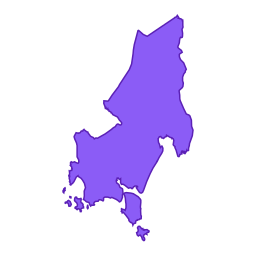 Prey Nob, Krong Preah Sihanouk, Cambodia
{"feature_id": "14789045B88399484092706", "entity_name": "Prey Nob", "entity_type": "district", "adm_level": 2, "iso_a3": "KHM", "parent_name": "Cambodia", "parent_adm1": "Krong Preah Sihanouk", "projection": "equal_earth", "projection_center": [103.742, 10.678], "detail": "fine", "context": "isolated", "style": "filled", "palette": "violet", "viewbox_px": 256, "rotation_deg": 0, "n_neighbors": 0, "source": "geoboundaries", "source_scale": "gbopen_adm2", "svg_char_len": 5902}
<svg xmlns="http://www.w3.org/2000/svg" viewBox="0 0 256 256"><path d="M177.3,15.4L176.4,16.9L174.9,17.4L174.5,17.9L147.2,36.3L143.3,34.5L138.6,30.4L138.0,30.6L134.3,44.6L133.4,50.0L133.1,53.7L131.6,64.0L129.3,69.7L119.6,84.5L118.5,86.7L112.3,94.9L108.4,100.8L107.6,101.1L103.9,100.8L103.8,103.5L104.9,106.3L105.4,108.5L105.6,108.5L105.6,107.4L105.8,107.3L106.6,109.0L107.2,109.2L107.7,108.7L107.9,109.9L108.5,109.8L108.9,110.4L109.1,111.3L109.5,111.3L110.9,112.1L111.1,112.7L111.3,112.6L111.8,113.1L112.9,114.7L117.5,117.0L119.4,120.1L120.9,121.7L121.7,122.9L121.5,124.2L121.2,124.7L120.6,125.0L119.6,124.8L118.0,124.0L117.2,124.2L116.2,125.2L115.4,126.6L113.4,127.7L111.2,129.6L105.2,133.9L97.3,138.3L96.0,137.9L94.3,138.9L93.4,137.6L90.6,136.3L88.2,133.1L87.8,132.0L86.8,131.8L84.3,129.9L84.0,129.4L83.1,130.1L82.7,131.1L81.3,131.0L80.2,132.6L78.7,133.3L78.1,132.9L77.4,133.1L76.1,132.7L74.3,136.1L74.1,136.8L74.8,139.1L76.5,142.9L77.1,145.6L77.1,156.9L78.7,159.9L78.8,162.0L78.4,163.0L77.9,163.3L75.3,162.3L74.7,161.8L72.4,162.5L71.6,161.9L71.4,162.2L71.0,162.1L70.9,162.6L70.6,162.6L70.4,163.0L70.9,164.6L70.3,165.0L70.2,165.3L71.1,166.1L71.1,166.5L71.7,166.9L71.8,168.1L72.1,168.6L71.8,168.9L72.1,169.1L71.7,170.4L70.0,170.6L69.6,171.8L69.4,171.6L69.6,173.4L69.4,174.8L68.8,175.3L68.9,175.9L69.4,175.4L69.6,175.7L69.7,176.5L69.2,178.2L70.0,181.3L69.5,181.8L70.1,182.6L70.4,184.0L70.1,184.6L70.8,185.0L71.4,184.0L72.6,183.5L73.1,182.5L73.8,181.9L76.3,177.0L77.8,175.8L78.0,175.7L78.0,176.3L81.1,178.3L82.6,180.2L84.4,183.3L85.5,187.7L84.2,191.1L84.3,196.0L83.9,198.4L83.4,199.5L84.6,200.1L86.4,201.8L89.0,202.5L90.0,205.1L90.7,206.1L91.6,205.1L92.9,205.3L94.4,205.0L94.5,204.6L93.9,204.1L93.8,203.3L94.4,202.2L95.5,201.4L98.2,201.2L98.9,200.0L99.6,199.7L101.2,200.0L103.0,200.9L103.6,200.0L103.5,198.2L104.2,197.4L105.0,197.1L107.8,197.1L110.5,198.0L111.4,197.5L112.1,197.5L116.3,199.4L118.6,201.0L119.4,201.9L120.6,201.4L121.4,200.2L122.5,197.2L122.4,194.8L123.0,193.5L122.6,189.2L122.3,188.6L120.0,187.3L118.8,184.4L116.7,182.9L116.2,180.9L116.5,180.0L117.0,180.1L116.6,179.2L117.2,178.7L117.3,178.1L117.9,178.4L118.2,178.1L118.9,179.0L119.7,179.4L120.6,178.7L120.6,182.7L121.5,184.4L122.9,184.2L124.6,185.1L128.5,188.2L130.1,187.7L130.9,187.9L132.0,188.7L132.5,188.5L133.6,186.8L134.4,186.5L134.7,186.1L136.1,186.0L137.5,186.4L137.6,186.8L136.6,187.2L136.3,187.7L139.3,192.1L139.9,192.7L141.1,193.1L142.5,192.4L143.5,190.4L146.7,181.5L150.2,173.5L153.0,168.0L156.8,162.0L156.8,161.4L157.2,161.4L159.0,157.6L161.7,153.3L162.8,150.9L162.9,148.2L162.0,146.1L161.7,146.1L160.3,147.6L159.5,144.4L158.5,142.4L158.1,138.8L159.4,136.7L160.8,136.5L161.4,137.7L162.3,138.1L163.2,138.0L163.6,138.4L165.2,136.9L166.5,136.5L166.7,136.0L166.4,135.6L166.5,135.2L170.4,137.5L171.8,137.7L171.9,138.6L172.4,138.4L173.2,138.8L173.8,140.4L173.2,144.7L173.7,145.5L175.0,146.6L174.9,147.5L176.1,150.2L177.6,155.4L177.9,156.3L178.4,156.6L179.0,156.6L179.7,155.5L179.7,154.5L181.8,153.9L181.6,153.5L181.8,152.8L181.3,152.3L181.9,151.1L182.9,151.1L183.1,152.0L183.1,152.7L183.3,152.8L183.6,151.7L184.4,151.5L184.8,152.9L184.6,153.5L185.0,153.6L185.7,152.5L185.3,152.2L185.4,151.9L185.9,152.1L186.1,151.9L186.6,150.6L186.7,151.0L187.2,150.4L187.9,150.7L188.5,150.4L188.6,148.0L189.3,145.6L189.5,143.6L192.3,135.8L193.0,130.1L191.6,126.3L191.4,120.1L189.9,115.9L188.9,115.0L186.3,114.0L183.7,108.7L180.2,100.6L179.8,98.9L179.7,95.0L179.1,91.0L179.4,90.2L182.1,87.8L182.9,86.5L183.3,83.1L182.6,80.8L182.6,77.1L183.8,73.9L185.3,72.0L185.3,70.9L186.3,69.3L183.7,62.9L180.5,59.6L179.4,56.9L179.3,54.5L179.6,54.0L182.2,52.3L181.4,50.4L179.0,48.6L178.0,47.6L177.8,46.8L179.3,42.9L179.5,40.7L179.9,38.4L180.6,37.3L181.5,37.6L182.2,37.3L182.5,36.3L182.6,33.2L182.0,29.4L183.0,27.1L182.8,25.4L182.8,21.1L182.5,21.0L182.7,20.1L182.1,20.0L181.8,19.4L180.6,18.7L179.8,18.8L179.5,18.4L178.2,18.2L178.6,17.3L177.3,15.4ZM130.8,193.1L126.2,192.6L124.6,193.0L124.0,193.6L124.0,194.3L124.8,196.0L125.3,198.0L125.7,202.3L126.0,203.9L126.0,207.8L125.1,210.4L123.9,209.5L123.2,209.5L121.5,208.7L121.4,209.1L121.8,210.6L121.8,211.1L121.3,211.3L121.9,212.0L122.2,212.9L122.8,212.3L123.3,212.3L125.7,215.0L128.8,219.2L128.8,220.1L129.4,221.3L130.7,222.5L131.2,222.4L131.8,222.8L132.6,223.9L132.9,225.1L133.3,224.2L133.9,223.6L135.5,223.1L135.8,221.1L136.2,220.6L137.3,220.3L137.4,219.7L139.0,219.7L139.8,218.8L140.8,219.0L141.2,218.5L141.3,216.1L140.8,215.0L140.6,210.6L140.8,208.4L140.5,208.2L140.4,206.8L140.8,202.5L140.8,200.1L140.2,199.0L138.1,196.7L133.3,193.7L130.8,193.1ZM139.7,226.3L138.3,226.4L137.5,227.7L137.6,228.3L138.0,229.0L138.2,230.8L137.7,232.0L136.6,232.6L137.2,234.9L138.3,236.0L139.4,235.3L140.2,235.1L141.6,236.9L142.5,239.6L143.8,240.6L144.4,240.4L144.7,239.4L144.5,238.1L143.5,236.9L143.7,235.1L145.5,233.7L146.9,234.4L146.7,233.5L146.8,232.9L147.4,232.4L148.6,232.3L149.1,231.1L147.0,229.6L145.4,229.8L144.7,229.6L144.2,230.2L143.6,229.7L143.3,229.9L142.8,228.5L141.8,228.8L139.7,226.3ZM77.9,198.8L76.9,198.3L76.7,197.3L76.0,197.0L75.1,197.5L74.7,198.6L74.5,200.3L74.9,201.1L76.7,202.8L77.5,204.7L77.1,206.4L76.1,207.0L75.6,206.9L75.1,207.4L75.1,208.2L76.3,208.8L76.8,209.5L77.3,209.6L77.9,208.7L78.8,208.8L79.9,209.7L80.3,211.6L81.0,211.7L81.4,210.9L80.6,210.1L81.0,209.0L82.2,208.1L83.6,207.9L83.5,206.5L82.9,205.7L83.1,204.7L82.4,203.3L81.3,202.8L81.0,202.2L80.8,201.6L81.2,199.0L80.9,198.4L79.4,198.9L77.9,198.8ZM71.3,204.3L70.1,201.5L68.5,200.4L67.8,200.8L66.7,202.0L65.4,202.2L65.1,203.0L65.5,203.3L66.9,202.5L67.6,202.9L68.4,203.8L68.9,206.2L69.1,206.3L70.5,206.0L71.3,204.3ZM63.8,192.8L64.0,191.7L64.4,190.9L65.1,190.5L64.9,189.3L65.2,188.1L65.0,187.8L63.8,188.9L63.6,189.8L63.0,190.8L63.1,192.1L63.8,192.8ZM87.7,208.7L88.2,207.9L87.7,204.7L87.1,207.4L87.5,208.5L87.7,208.7ZM70.9,197.9L71.0,197.2L70.9,196.8L69.9,196.5L69.7,196.9L70.1,197.7L70.9,197.9Z" fill="#8b5cf6" stroke="#5b21b6" stroke-width="1.5"/></svg>